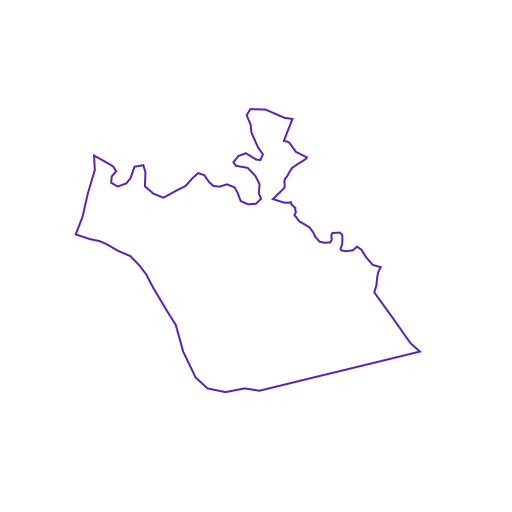 Uvwie, Delta, Nigeria (Mercator projection), rotated 201°
{"feature_id": "59680162B58427071840888", "entity_name": "Uvwie", "entity_type": "district", "adm_level": 2, "iso_a3": "NGA", "parent_name": "Nigeria", "parent_adm1": "Delta", "projection": "mercator", "projection_center": [5.787, 5.57], "detail": "fine", "context": "isolated", "style": "outline", "palette": "violet", "viewbox_px": 512, "rotation_deg": 201, "n_neighbors": 0, "source": "geoboundaries", "source_scale": "gbopen_adm2", "svg_char_len": 1712}
<svg xmlns="http://www.w3.org/2000/svg" viewBox="0 0 512 512"><g transform="rotate(201 256 256)"><path d="M271.1,397.0L278.8,395.2L299.7,396.1L313.9,391.1L315.2,384.1L308.1,376.7L304.4,369.4L293.0,358.1L286.0,353.4L286.3,347.1L290.6,346.1L302.3,348.3L308.3,343.0L310.6,335.4L307.1,333.0L295.3,335.3L285.2,330.5L278.4,324.3L275.9,315.6L271.8,311.3L274.8,304.7L282.0,301.4L290.0,301.8L295.7,308.3L300.6,312.4L308.8,312.5L315.1,307.6L320.9,306.1L326.4,308.3L333.2,312.9L339.7,312.7L343.2,305.9L346.9,296.0L352.8,289.7L363.3,277.3L374.0,277.4L384.7,281.3L389.2,294.5L393.7,300.4L401.4,295.8L401.0,283.5L403.1,277.3L410.0,271.3L417.5,272.5L419.2,278.7L416.9,285.0L421.6,288.5L431.7,290.1L443.2,291.8L437.3,278.5L435.4,254.0L434.1,244.8L432.0,230.5L432.0,211.5L416.8,212.3L407.7,213.8L400.5,213.6L386.0,211.3L373.3,210.9L362.5,205.9L360.9,205.1L351.8,199.4L341.2,190.0L319.8,173.1L306.2,162.9L289.7,140.6L268.9,121.0L253.9,115.0L235.7,118.0L219.2,128.3L210.9,130.1L204.6,131.4L165.0,158.9L149.5,169.6L68.8,225.5L80.6,230.0L107.1,247.8L132.5,264.4L133.1,271.8L135.1,279.1L136.1,284.2L135.6,290.3L143.7,289.5L152.8,294.3L159.8,299.6L165.0,300.9L167.7,296.0L173.5,292.8L178.2,291.8L179.6,292.8L179.9,298.4L182.8,306.3L186.0,308.0L192.9,304.8L193.1,302.3L191.0,298.2L191.7,295.2L196.8,292.9L201.8,292.2L207.7,295.2L210.7,298.3L216.3,301.9L228.0,303.9L234.8,308.0L234.5,311.4L236.1,313.4L236.5,315.0L241.2,316.7L242.6,318.7L244.5,317.5L248.9,315.9L260.6,315.2L254.0,329.6L254.1,331.2L256.3,336.0L256.6,338.6L255.6,341.1L254.9,346.2L253.9,351.1L250.1,356.7L246.7,361.0L244.2,364.6L243.8,366.3L256.0,367.5L265.7,373.8L267.5,374.0L271.2,373.4L271.2,383.1L271.1,397.0Z" fill="none" stroke="#5b21b6" stroke-width="2"/></g></svg>